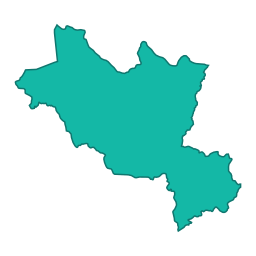 outline of Song Hinh, Phú Yên, Vietnam
{"feature_id": "81297802B28811761284346", "entity_name": "Song Hinh", "entity_type": "district", "adm_level": 2, "iso_a3": "VNM", "parent_name": "Vietnam", "parent_adm1": "Phú Yên", "projection": "albers", "projection_center": [108.948, 12.905], "detail": "fine", "context": "isolated", "style": "filled", "palette": "teal", "viewbox_px": 256, "rotation_deg": 0, "n_neighbors": 0, "source": "geoboundaries", "source_scale": "gbopen_adm2", "svg_char_len": 5815}
<svg xmlns="http://www.w3.org/2000/svg" viewBox="0 0 256 256"><path d="M34.3,108.3L34.6,106.5L35.0,106.3L35.9,107.2L38.1,105.3L38.7,103.4L38.8,102.6L39.1,102.3L39.8,102.9L41.2,103.6L43.0,103.3L43.9,103.6L45.5,103.3L46.0,103.3L47.1,105.4L47.9,105.8L50.0,105.3L50.9,105.9L51.5,105.4L53.3,106.7L54.8,106.9L55.4,107.4L55.9,108.8L56.2,110.5L57.4,112.4L59.3,114.4L59.8,116.6L60.6,118.4L62.5,120.4L64.8,122.0L65.0,124.1L65.9,127.2L66.4,130.9L69.0,131.6L71.1,134.1L71.5,137.5L73.1,142.5L75.0,145.8L76.2,147.0L77.0,147.4L77.5,147.2L77.9,146.7L78.3,145.6L78.8,145.4L80.4,145.4L81.7,144.1L82.2,144.0L82.9,144.2L85.1,143.6L87.0,143.5L87.7,143.8L88.2,146.0L89.8,147.5L90.9,147.9L92.3,147.3L93.9,147.4L95.5,149.1L96.5,150.5L98.1,150.9L100.1,152.6L100.8,152.9L102.4,153.0L104.2,154.0L105.2,154.7L105.4,155.2L104.0,157.7L103.9,159.4L104.6,162.5L106.0,166.0L106.8,167.4L107.7,168.2L109.6,168.7L110.8,168.8L111.2,169.1L111.9,169.9L113.4,173.4L114.6,174.2L128.2,174.8L131.4,175.5L135.0,177.6L136.3,177.7L139.5,177.0L148.0,177.1L149.6,177.8L150.5,179.2L151.1,179.1L152.7,179.7L153.1,179.6L153.3,179.2L153.9,177.5L154.4,177.0L156.5,177.2L158.0,176.9L158.9,176.6L160.2,175.6L161.7,174.1L162.8,173.5L164.1,173.4L165.1,173.5L166.2,174.2L166.7,177.9L167.5,178.6L167.7,179.3L167.2,180.7L167.1,181.5L168.5,182.1L169.2,183.1L169.0,184.0L167.3,186.3L166.8,187.6L167.1,188.6L168.3,190.0L169.1,190.5L169.4,190.5L170.7,189.3L171.3,189.5L171.1,191.0L171.3,191.1L173.9,191.3L174.6,192.2L174.7,193.6L174.6,195.2L174.2,196.0L173.8,197.6L174.1,198.6L176.0,201.8L176.5,204.1L176.4,205.6L174.9,208.9L173.0,211.4L172.9,212.1L174.3,218.1L174.5,220.4L174.9,221.2L177.4,222.9L177.7,223.5L177.8,225.2L178.5,227.1L177.9,229.8L178.3,231.0L183.6,227.6L184.1,227.2L184.8,226.1L185.9,225.2L187.4,224.8L188.7,225.0L189.2,223.5L191.3,223.1L191.6,222.4L188.4,220.6L188.1,220.0L188.4,219.6L191.0,218.9L192.8,217.6L194.0,216.4L194.6,216.0L195.3,216.1L196.3,216.6L197.7,216.7L198.2,216.6L199.1,215.8L200.1,215.8L201.2,215.6L201.5,215.3L201.7,214.8L201.6,213.9L201.0,212.0L201.1,211.6L201.9,211.0L202.5,211.0L203.3,211.6L203.9,211.5L205.3,210.4L206.8,210.2L209.3,210.8L210.6,210.5L211.5,211.3L212.2,211.4L213.0,210.7L213.6,209.2L214.4,208.4L215.2,207.3L216.0,207.0L216.7,207.3L218.6,209.0L219.7,210.6L222.3,212.1L222.9,212.3L224.1,212.4L225.6,211.9L227.1,210.4L227.5,208.9L228.5,208.0L228.5,207.4L227.5,204.6L227.5,203.7L227.8,203.0L228.6,202.2L229.8,201.4L233.0,199.9L233.5,199.4L234.3,197.6L236.0,196.8L236.5,196.1L236.6,195.5L236.8,193.0L237.8,191.4L238.2,189.9L239.3,188.2L240.6,187.2L240.6,184.1L239.4,184.2L238.8,184.7L237.9,184.4L236.9,183.6L235.1,180.9L233.0,180.5L232.5,180.0L231.7,177.6L231.7,175.9L230.9,173.7L229.7,172.5L228.6,171.1L228.5,166.8L228.9,164.3L231.5,160.3L231.8,159.8L231.9,159.3L231.8,158.9L231.4,158.6L229.9,158.4L229.5,158.0L228.3,154.1L226.5,154.2L226.0,154.6L224.4,156.3L223.9,156.6L223.4,156.8L221.7,156.6L219.5,155.7L218.7,155.0L218.3,154.5L218.0,153.6L218.1,152.0L217.6,151.7L216.6,151.7L213.8,152.2L211.2,153.4L210.2,154.0L208.6,156.0L208.1,156.2L205.6,156.4L205.2,156.1L204.5,154.2L202.9,152.5L202.2,152.0L201.3,152.0L199.4,152.8L199.1,152.7L199.0,151.0L198.6,150.5L197.1,149.7L194.8,148.8L193.7,149.0L192.5,148.1L188.8,146.4L187.9,146.4L185.1,147.2L184.3,147.2L183.4,146.5L181.6,146.4L181.4,146.2L182.0,144.6L182.6,141.0L182.6,139.6L182.2,138.6L182.3,136.9L182.8,136.6L182.9,135.8L184.2,135.3L185.8,133.9L186.0,133.2L185.6,132.4L185.7,131.9L186.7,130.9L187.3,130.0L188.8,130.1L189.9,129.8L190.3,128.4L191.3,126.4L192.4,125.5L192.7,124.9L193.4,124.3L193.0,121.4L192.6,120.4L191.7,119.6L192.0,118.5L191.3,117.7L192.0,116.8L192.6,115.5L192.8,114.2L193.2,113.6L193.4,112.1L194.6,109.8L194.6,109.2L194.4,108.4L194.5,108.0L195.3,107.6L195.7,107.0L195.8,105.9L196.6,105.5L197.2,104.8L197.3,102.2L196.7,101.7L196.4,101.0L196.0,100.7L195.7,100.2L195.7,99.0L195.2,96.5L195.4,94.7L195.9,93.7L196.7,93.1L196.9,92.1L197.2,91.6L199.2,90.6L200.6,88.7L201.0,86.9L200.3,86.5L200.1,86.1L201.0,85.9L201.3,85.6L201.3,85.3L200.6,83.3L200.6,82.1L202.2,80.7L202.3,79.4L204.3,79.0L204.4,78.7L204.0,77.4L204.1,76.6L205.1,75.7L205.2,75.3L205.2,74.5L204.8,73.4L203.6,72.5L203.6,72.0L204.4,71.0L204.7,70.0L204.9,69.6L205.9,68.9L206.4,68.1L207.4,67.3L207.7,66.4L208.4,65.4L206.3,65.1L204.5,64.3L196.0,63.6L194.3,63.2L191.7,62.1L189.8,60.8L189.4,60.2L189.4,59.1L186.3,55.9L185.1,55.7L183.7,55.8L181.3,57.3L178.8,60.6L178.1,62.1L177.2,64.7L176.8,65.4L175.8,65.9L174.4,65.9L172.8,65.8L170.4,65.2L169.1,64.3L164.9,59.3L162.8,57.7L159.2,56.7L155.9,55.1L153.9,53.0L151.5,49.6L147.9,46.5L147.0,45.3L146.1,42.6L145.4,42.1L144.5,41.7L143.2,41.6L142.1,42.2L141.0,44.0L140.8,44.7L140.7,46.7L139.6,48.0L139.0,50.2L137.9,52.1L137.5,53.4L137.7,53.9L139.4,57.3L139.9,60.2L141.1,62.7L141.0,63.7L140.7,64.3L140.1,64.6L137.6,64.7L136.7,65.0L136.2,65.4L135.5,67.1L134.8,68.1L134.2,68.3L132.3,68.4L130.7,69.0L129.9,69.6L129.3,70.4L128.5,72.0L127.0,72.2L124.7,73.4L122.2,73.1L119.2,72.0L118.3,72.0L117.5,71.8L116.8,71.3L114.0,67.6L111.4,65.3L108.1,61.7L106.2,60.4L103.9,59.8L101.6,58.8L100.4,57.9L99.8,57.2L99.6,56.4L95.2,52.9L93.3,50.4L90.7,48.5L88.9,47.0L87.8,44.4L86.2,39.8L85.8,39.3L84.3,39.0L83.7,38.0L83.7,35.9L85.1,32.4L84.9,31.2L84.7,30.7L84.4,30.4L80.8,29.7L77.4,30.1L75.6,29.8L74.2,29.3L72.0,27.5L70.5,27.1L67.6,25.9L66.8,26.0L66.2,26.3L65.6,28.3L64.9,29.1L63.8,29.3L62.7,29.2L61.7,28.8L60.6,28.0L57.8,25.8L57.0,25.0L54.5,29.7L54.5,32.9L57.5,61.5L54.7,62.3L36.4,69.4L25.7,69.9L25.3,70.3L24.8,71.7L22.9,75.1L21.8,76.7L20.2,78.0L20.1,78.5L20.1,79.0L19.5,80.1L18.7,80.5L16.2,81.3L15.4,82.1L15.8,84.0L16.2,84.7L17.5,86.1L18.2,87.7L18.8,88.2L20.0,88.4L23.6,88.6L24.3,88.9L25.1,89.7L25.2,92.8L25.5,93.4L29.7,95.5L31.8,97.0L32.0,99.1L31.5,100.8L31.4,102.8L31.1,103.6L29.4,105.4L30.8,108.0L31.4,108.6L32.6,108.7L34.3,108.3Z" fill="#14b8a6" stroke="#0f766e" stroke-width="1.5"/></svg>